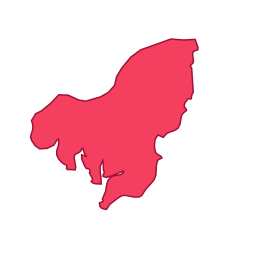 the Prefecture of Forécariah, rotated 339°
{"feature_id": "GIN-5637", "entity_name": "Forécariah", "entity_type": "Prefecture", "adm_level": 1, "iso_a3": "GIN", "parent_name": "Guinea", "parent_adm1": "", "projection": "mercator", "projection_center": [-13.121, 9.37], "detail": "fine", "context": "isolated", "style": "filled", "palette": "rose", "viewbox_px": 256, "rotation_deg": 339, "n_neighbors": 0, "source": "natural_earth", "source_scale": "10m", "svg_char_len": 1998}
<svg xmlns="http://www.w3.org/2000/svg" viewBox="0 0 256 256"><g transform="rotate(339 128 128)"><path d="M222.4,69.3L222.2,78.1L221.3,79.9L219.7,80.1L217.7,79.8L215.8,80.5L214.8,82.3L213.0,89.1L212.5,90.1L212.0,90.6L211.4,91.0L210.2,91.3L208.6,92.1L208.5,93.0L208.9,93.9L208.9,94.9L201.9,117.5L200.9,118.8L199.5,120.0L198.8,120.8L198.3,122.1L197.5,123.4L196.5,123.2L195.4,122.5L194.5,122.3L191.1,124.3L189.9,125.3L188.3,127.5L188.3,129.2L189.1,131.0L189.0,132.6L186.2,133.4L182.6,135.3L177.7,143.4L174.3,146.3L170.0,147.0L166.0,146.8L162.0,147.0L157.5,149.4L153.5,145.3L149.2,148.3L146.0,154.7L145.0,160.7L145.9,162.8L148.7,166.3L149.0,168.0L148.2,168.2L145.0,168.5L143.8,169.1L141.8,172.0L140.2,175.0L137.4,181.5L134.6,185.0L130.9,187.4L123.0,191.3L116.8,195.8L113.7,196.4L109.0,194.7L101.2,189.8L97.9,189.0L92.6,190.0L83.6,192.8L78.7,196.3L76.4,194.9L74.5,193.2L73.7,190.9L74.4,187.7L75.0,187.6L78.0,187.7L78.8,187.4L78.8,186.6L78.5,185.7L78.7,185.0L84.3,179.2L88.2,172.7L90.6,169.7L94.2,167.7L97.8,167.5L104.4,168.9L108.2,167.7L108.2,166.4L95.7,166.9L89.8,166.3L87.3,164.1L87.6,163.3L89.4,161.6L90.1,160.6L90.1,157.9L91.7,153.7L92.8,149.3L88.2,154.0L86.2,159.1L85.0,164.6L82.9,170.7L77.9,168.5L75.8,167.1L74.4,164.8L76.2,163.8L76.6,161.9L75.9,156.4L76.2,156.5L76.7,155.5L77.1,154.1L77.3,152.9L76.9,152.2L74.9,151.0L74.4,150.6L73.8,146.5L73.7,140.3L75.1,136.4L78.7,139.3L78.2,134.7L78.3,132.8L78.7,130.7L77.3,130.7L76.1,132.2L74.4,133.1L72.2,133.5L69.5,133.6L68.1,134.5L67.1,136.6L65.0,146.3L63.6,148.2L58.9,145.9L56.8,145.3L56.0,143.9L57.6,140.8L55.5,139.0L53.5,135.7L52.1,131.7L51.8,127.8L53.2,123.9L57.7,118.0L59.1,113.6L57.6,113.6L52.6,117.4L45.0,118.0L38.0,115.8L35.0,111.4L33.6,105.2L33.6,101.9L35.8,98.6L37.7,96.4L39.3,93.7L40.3,90.4L40.6,86.5L46.9,81.6L53.7,80.9L64.8,77.2L75.3,72.2L83.9,75.9L91.9,84.1L98.1,87.8L113.5,89.1L122.2,87.8L130.8,83.4L135.8,75.9L143.8,69.7L156.1,62.8L167.8,59.6L199.9,60.3L211.7,65.9L222.4,69.3Z" fill="#f43f5e" stroke="#9f1239" stroke-width="1.5"/></g></svg>